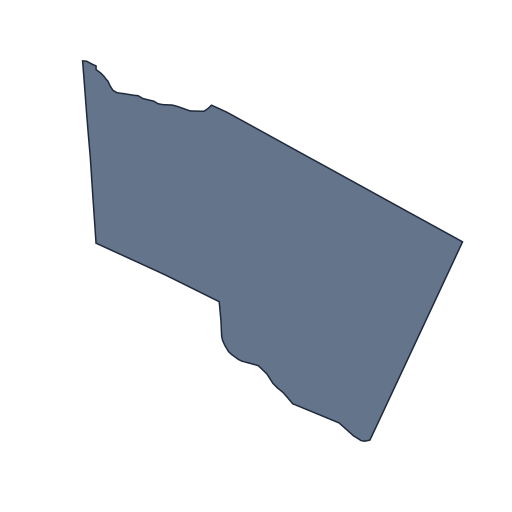 Baraúna, Rio Grande do Norte, Brazil, rotated 279°
{"feature_id": "56859067B35096548847871", "entity_name": "Baraúna", "entity_type": "district", "adm_level": 2, "iso_a3": "BRA", "parent_name": "Brazil", "parent_adm1": "Rio Grande do Norte", "projection": "mercator", "projection_center": [-37.595, -5.082], "detail": "fine", "context": "isolated", "style": "filled", "palette": "slate", "viewbox_px": 512, "rotation_deg": 279, "n_neighbors": 0, "source": "geoboundaries", "source_scale": "gbopen_adm2", "svg_char_len": 939}
<svg xmlns="http://www.w3.org/2000/svg" viewBox="0 0 512 512"><g transform="rotate(279 256 256)"><path d="M243.6,96.0L233.2,133.3L232.4,136.2L223.1,169.3L205.1,226.8L186.6,231.5L171.5,234.6L167.4,236.2L162.7,239.3L157.2,243.9L154.8,247.5L151.1,254.7L149.9,258.6L148.1,275.3L141.2,285.2L132.8,292.7L128.9,298.0L125.3,304.3L115.8,315.4L104.1,364.2L93.6,380.5L90.1,388.8L90.1,392.5L92.0,397.3L109.2,402.3L199.6,428.3L242.7,440.7L302.3,457.8L323.8,398.0L356.4,307.6L361.0,294.7L362.2,291.3L393.5,204.6L398.0,188.5L394.0,185.4L390.8,181.9L389.5,172.3L389.0,168.1L391.4,155.3L392.0,149.7L390.9,140.1L391.1,135.3L392.9,131.0L393.8,119.8L395.9,114.4L395.6,110.0L395.7,100.9L395.5,93.3L397.3,88.7L401.3,85.2L405.5,82.4L407.5,79.9L409.7,77.7L412.3,74.2L415.1,68.9L418.7,68.3L419.9,64.0L421.9,58.2L421.6,54.2L398.6,59.7L371.5,66.1L364.9,67.7L346.8,72.1L327.5,76.9L293.9,84.5L243.6,96.0Z" fill="#64748b" stroke="#1e293b" stroke-width="1.5"/></g></svg>